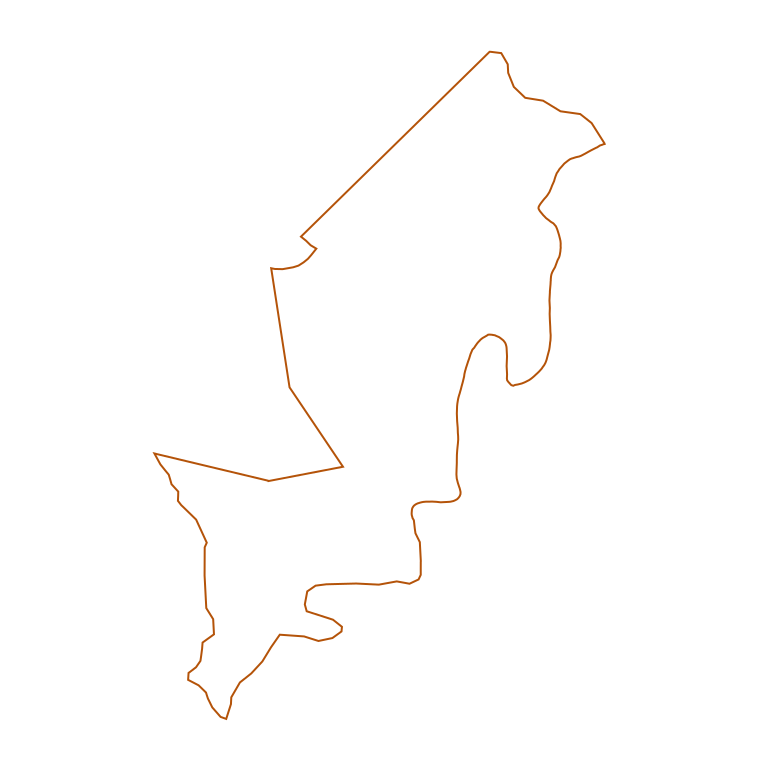 De Mailly, Vieux Fort, Saint Lucia (Mercator projection), rotated 87°
{"feature_id": "8701671B80390087772516", "entity_name": "De Mailly", "entity_type": "district", "adm_level": 2, "iso_a3": "LCA", "parent_name": "Saint Lucia", "parent_adm1": "Vieux Fort", "projection": "mercator", "projection_center": [-60.949, 13.797], "detail": "fine", "context": "isolated", "style": "outline", "palette": "amber", "viewbox_px": 768, "rotation_deg": 87, "n_neighbors": 0, "source": "geoboundaries", "source_scale": "gbopen_adm2", "svg_char_len": 4839}
<svg xmlns="http://www.w3.org/2000/svg" viewBox="0 0 768 768"><g transform="rotate(87 384 384)"><path d="M709.9,559.8L710.2,559.1L695.7,553.6L688.9,552.9L674.5,543.5L666.1,531.7L654.7,520.0L641.0,510.6L628.9,501.2L631.9,477.0L637.2,462.9L635.0,448.8L628.9,439.4L624.3,438.7L616.7,447.3L606.9,473.1L600.0,474.6L587.1,471.5L581.8,462.9L581.0,452.0L581.8,422.2L584.1,399.6L581.8,381.6L583.8,373.1L584.8,369.0L581.0,359.7L576.5,357.3L570.8,357.0L563.6,356.6L562.8,356.5L543.8,356.5L541.0,357.7L534.7,360.4L530.2,360.8L521.7,361.3L520.5,361.9L519.4,362.5L518.3,362.7L516.6,363.1L515.2,363.2L514.0,363.1L513.2,363.0L511.1,362.7L509.6,362.3L508.5,361.6L507.9,361.2L507.5,360.8L507.1,360.5L506.7,359.9L506.0,358.9L505.6,358.1L505.0,356.7L504.6,355.0L504.4,354.4L504.0,352.3L503.9,351.5L503.8,350.7L503.7,347.9L503.8,346.1L503.9,343.8L504.0,341.6L504.3,338.8L504.5,337.2L504.7,336.1L504.9,334.8L505.0,334.3L505.1,332.9L505.1,331.2L505.1,329.3L505.1,327.4L505.1,325.2L505.0,323.6L504.5,320.8L504.1,319.7L503.7,318.7L502.8,316.9L501.3,315.3L500.0,314.3L498.0,313.4L495.9,313.2L493.4,313.6L491.6,314.0L491.1,314.2L486.7,315.4L482.2,316.3L478.5,316.4L478.0,316.4L473.0,316.0L467.5,315.5L466.3,315.4L464.3,315.3L458.5,314.9L453.6,314.3L452.3,314.1L451.6,314.0L447.2,313.3L444.1,312.9L443.3,312.8L439.8,312.7L436.8,312.8L431.5,312.7L425.1,312.9L417.3,312.8L410.2,312.2L407.5,311.8L403.3,310.9L401.2,310.3L400.6,310.1L398.3,309.3L397.9,309.1L395.2,308.2L393.8,307.7L392.9,307.4L390.6,306.7L389.1,306.2L386.4,305.3L383.4,304.4L380.7,303.6L378.4,303.2L375.2,302.3L373.9,301.8L372.3,301.3L370.0,300.4L365.8,298.8L363.0,297.6L358.6,296.0L358.2,295.8L354.3,293.9L352.4,291.9L351.2,291.1L350.3,290.4L349.8,290.0L349.2,289.5L348.5,289.0L347.1,287.7L345.7,286.2L344.6,285.1L344.3,284.6L343.4,283.4L342.6,281.9L342.4,281.4L341.6,279.9L341.3,279.2L340.2,277.4L340.2,276.5L340.2,275.7L340.4,274.4L340.5,273.4L340.7,272.9L340.9,271.8L341.2,270.6L341.7,269.7L342.0,269.1L342.4,268.3L342.9,267.2L343.3,266.5L344.7,264.8L345.5,263.9L346.4,262.9L346.9,262.4L348.1,261.6L348.6,261.2L349.8,260.6L351.1,260.2L353.0,259.8L354.4,259.7L357.1,259.7L362.2,259.7L362.9,259.7L372.5,260.6L380.9,260.6L381.9,260.7L384.1,260.9L384.8,261.0L386.8,260.8L388.6,259.6L389.0,259.3L389.5,258.8L390.9,257.7L391.8,256.9L392.2,255.8L392.5,255.0L391.8,253.2L391.5,250.5L391.1,248.4L390.7,246.4L389.8,243.7L389.4,242.7L388.9,241.6L388.5,240.7L387.7,238.9L387.1,237.9L386.2,236.5L384.8,234.6L384.1,233.7L383.0,232.4L382.4,231.7L381.6,230.7L379.7,228.5L376.9,225.7L375.4,224.6L373.6,223.1L371.7,221.9L370.3,221.2L369.8,221.0L368.1,220.3L365.5,219.5L363.0,218.7L358.7,217.3L356.0,216.7L352.5,216.1L351.6,216.0L349.3,215.5L346.4,215.2L343.9,215.0L340.4,215.1L335.4,215.0L329.2,215.0L322.6,214.9L320.4,214.7L316.8,214.4L309.2,214.4L300.8,213.5L300.2,213.5L293.2,212.5L290.3,212.2L289.1,212.0L288.4,212.0L285.5,211.6L284.6,211.4L283.1,211.0L281.3,210.2L279.2,209.0L276.3,207.1L272.1,205.3L269.5,204.2L266.4,202.4L264.3,201.7L260.7,200.9L258.2,200.6L257.5,200.4L255.4,200.4L252.9,200.2L250.3,200.3L249.8,200.4L247.5,200.8L246.1,201.1L244.5,201.4L239.8,202.6L238.1,203.1L236.7,203.6L236.3,203.8L235.6,204.0L234.7,204.7L233.0,206.0L232.4,206.5L231.2,208.3L230.6,209.1L230.0,209.8L229.4,210.4L226.8,213.5L224.9,215.1L223.8,216.1L219.6,219.2L217.9,220.1L216.9,220.5L215.6,220.4L214.9,220.1L214.2,219.7L213.3,219.1L212.7,218.7L211.6,217.8L210.2,216.6L208.7,215.3L207.7,214.4L207.2,213.9L205.7,212.4L204.7,211.5L204.1,211.0L203.0,210.2L201.2,208.9L200.5,208.5L198.6,207.6L197.7,207.1L195.4,206.1L194.1,205.5L192.8,204.8L190.2,203.5L188.7,203.0L187.3,202.5L185.5,201.8L184.9,201.5L182.6,200.5L180.8,199.1L178.5,197.5L175.8,194.8L173.3,192.4L170.6,188.6L169.5,186.9L169.2,186.3L168.7,184.9L168.3,183.1L168.1,182.5L167.6,180.5L167.2,178.3L167.1,177.5L166.5,175.5L165.7,173.7L164.9,172.0L164.5,171.1L163.9,169.9L163.5,169.1L162.8,167.7L161.6,165.2L160.7,163.2L159.9,161.4L159.2,159.8L158.8,158.7L157.1,155.8L156.5,153.5L156.1,152.5L155.9,151.1L155.3,151.2L134.3,163.0L124.7,173.9L120.9,193.5L109.4,210.3L105.6,228.0L94.1,238.8L79.8,243.7L71.2,243.7L59.7,249.6L57.8,260.4L57.8,261.2L142.5,357.2L232.5,459.2L236.9,454.3L241.6,450.0L245.3,444.5L251.5,450.0L255.0,453.4L258.3,457.9L261.3,463.2L262.7,468.6L264.0,479.2L263.4,487.1L262.5,490.6L382.4,478.5L464.5,429.3L474.9,504.6L474.5,504.8L441.4,616.9L452.6,611.5L459.0,606.9L463.3,603.7L467.8,602.6L473.1,601.4L473.5,601.0L480.7,595.1L484.7,595.4L489.9,595.9L494.4,592.8L496.6,590.7L509.6,578.7L533.2,569.3L537.7,571.6L548.3,572.2L565.8,573.2L598.5,573.2L609.9,566.9L625.1,566.9L628.7,572.5L632.7,578.7L635.7,579.1L638.8,579.5L646.4,580.9L650.9,581.8L657.0,586.5L661.6,593.2L662.3,594.3L669.2,595.1L675.2,584.9L682.8,577.9L685.2,577.3L688.9,576.3L691.9,575.0L698.0,572.4L707.9,564.6L708.6,562.9L709.9,559.8Z" fill="none" stroke="#b45309" stroke-width="2"/></g></svg>